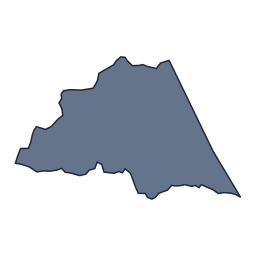 the district of Solidão, Pernambuco, Brazil
{"feature_id": "56859067B13785491048510", "entity_name": "Solidão", "entity_type": "district", "adm_level": 2, "iso_a3": "BRA", "parent_name": "Brazil", "parent_adm1": "Pernambuco", "projection": "orthographic", "projection_center": [-37.665, -7.581], "detail": "fine", "context": "isolated", "style": "filled", "palette": "slate", "viewbox_px": 256, "rotation_deg": 0, "n_neighbors": 0, "source": "geoboundaries", "source_scale": "gbopen_adm2", "svg_char_len": 1057}
<svg xmlns="http://www.w3.org/2000/svg" viewBox="0 0 256 256"><path d="M28.5,148.3L20.6,148.5L17.4,156.8L15.4,163.2L22.0,164.4L29.3,167.0L36.9,171.9L44.0,170.9L49.7,171.2L56.8,170.1L61.6,168.4L65.2,172.3L70.2,172.9L79.6,175.6L85.7,174.2L89.3,170.1L94.7,168.6L97.2,162.2L101.7,164.4L104.0,172.1L114.0,173.3L118.9,171.5L122.2,172.8L125.1,168.8L130.5,173.3L135.6,187.2L138.3,193.3L145.4,193.5L147.5,197.4L151.9,199.1L155.3,197.4L158.5,193.5L163.4,191.5L167.4,190.2L171.8,185.4L176.0,186.0L180.6,185.6L184.8,184.6L191.6,186.4L195.1,185.4L199.1,187.6L201.4,184.6L206.6,187.1L212.7,189.5L218.2,193.5L224.2,192.6L230.1,193.1L235.8,194.5L240.6,197.3L213.3,151.7L169.1,60.4L160.5,63.1L156.3,68.5L146.9,66.3L142.9,64.6L139.1,65.4L132.4,65.7L127.2,60.6L125.1,57.3L120.7,56.9L116.3,60.7L113.6,64.8L98.9,73.3L97.6,79.9L95.8,83.9L93.0,88.2L81.3,90.1L70.0,89.7L63.6,90.7L61.2,93.9L61.6,98.5L59.0,103.0L61.9,108.8L62.8,115.4L58.1,119.0L51.3,126.5L45.5,129.4L36.4,126.7L33.8,130.6L32.1,135.7L30.8,141.8L28.5,148.3Z" fill="#64748b" stroke="#1e293b" stroke-width="1.5"/></svg>